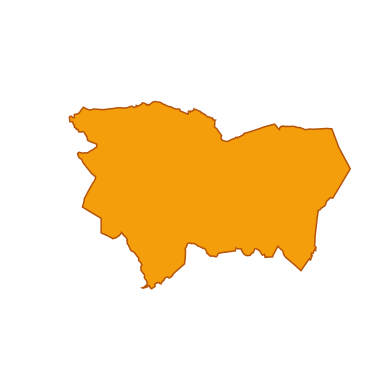 Irimbo, Michoacán, Mexico, rotated 110°
{"feature_id": "50627088B92486141499695", "entity_name": "Irimbo", "entity_type": "district", "adm_level": 2, "iso_a3": "MEX", "parent_name": "Mexico", "parent_adm1": "Michoacán", "projection": "orthographic", "projection_center": [-100.467, 19.711], "detail": "fine", "context": "isolated", "style": "filled", "palette": "amber", "viewbox_px": 384, "rotation_deg": 110, "n_neighbors": 0, "source": "geoboundaries", "source_scale": "gbopen_adm2", "svg_char_len": 6035}
<svg xmlns="http://www.w3.org/2000/svg" viewBox="0 0 384 384"><g transform="rotate(110 192 192)"><path d="M194.8,312.7L196.7,311.5L198.0,310.2L198.7,308.8L199.0,307.0L201.5,304.6L203.9,301.0L207.1,295.6L208.6,293.3L209.6,290.7L210.2,289.6L210.2,288.6L210.7,287.7L213.0,287.4L215.4,287.6L217.4,288.3L219.5,288.5L221.2,288.9L228.2,290.0L231.2,290.3L234.7,290.9L237.7,290.3L243.6,289.8L246.0,278.0L247.7,268.4L255.6,265.5L261.2,263.6L261.6,262.8L261.7,258.4L261.9,258.4L261.9,257.8L261.9,256.4L262.1,255.9L262.4,253.8L262.5,252.3L263.0,250.4L262.5,250.1L262.0,249.3L261.8,249.0L261.6,248.7L261.6,248.3L258.0,245.6L256.0,244.8L255.3,244.6L255.0,244.1L254.8,244.0L254.4,244.2L255.3,242.2L255.8,241.7L256.5,240.7L256.6,239.7L256.7,239.3L258.7,236.6L259.9,236.7L260.5,235.9L261.7,235.6L262.4,235.2L263.1,234.9L263.2,233.9L263.8,233.4L266.5,230.8L267.9,229.4L268.2,227.2L268.6,225.3L271.3,221.4L271.9,220.2L272.2,219.4L273.7,219.1L274.6,218.7L275.1,217.8L275.4,216.8L275.5,216.2L276.9,215.1L277.6,214.0L278.7,214.3L279.3,214.5L280.5,214.2L283.3,213.0L283.3,212.5L284.6,211.0L285.6,209.0L286.2,208.4L286.8,207.9L288.7,207.6L289.9,206.1L290.6,204.5L291.4,204.1L292.2,203.3L292.5,203.2L293.2,202.8L293.8,202.7L295.0,202.9L295.3,203.2L296.8,203.9L297.9,204.6L299.1,206.1L299.2,205.4L297.2,202.4L296.2,201.4L294.5,200.8L294.8,200.0L296.0,198.8L296.7,197.5L296.7,196.7L295.6,196.1L294.2,195.0L293.1,194.4L291.7,195.3L290.4,194.9L289.0,193.2L288.9,193.3L288.8,193.1L288.3,192.3L288.5,192.2L288.6,191.9L289.0,190.7L288.7,189.4L287.3,189.5L285.8,189.2L285.5,188.7L284.8,188.2L283.6,188.4L283.2,188.1L281.3,187.4L280.7,187.0L280.3,186.3L280.3,185.7L280.3,185.2L280.7,184.1L278.3,182.2L276.7,181.7L274.8,181.4L262.2,174.5L257.4,175.5L249.9,177.8L247.6,179.0L245.4,178.5L244.3,178.6L242.3,178.5L241.7,178.3L241.3,177.8L240.8,177.1L240.6,176.4L240.7,175.5L240.8,174.9L240.0,173.4L239.8,171.8L239.7,170.1L240.4,169.3L240.7,168.1L240.7,165.6L241.2,162.1L241.2,161.9L240.8,161.5L240.8,161.1L241.0,160.4L241.8,159.2L242.8,158.1L244.4,157.3L244.4,156.7L244.5,156.5L244.7,155.9L245.2,155.1L245.3,154.7L245.4,154.2L245.5,153.9L245.9,153.3L246.0,152.4L245.5,151.7L245.2,151.0L245.0,150.1L244.7,147.9L244.7,147.1L244.4,146.9L242.9,146.5L240.7,146.3L238.1,142.0L236.0,137.9L232.8,131.8L232.6,131.2L231.2,131.4L229.5,131.4L229.7,131.1L229.8,130.4L228.7,126.1L229.2,126.0L231.5,123.6L232.2,122.5L233.0,120.6L233.1,119.1L232.7,117.8L231.8,116.0L231.0,115.3L230.3,115.4L229.5,115.4L228.3,113.8L224.1,113.5L223.7,113.4L223.2,112.7L223.3,112.2L224.2,108.2L227.3,104.3L225.8,102.5L227.8,101.2L227.7,100.9L228.4,100.9L225.3,94.0L224.4,94.3L213.5,92.7L214.8,90.2L216.2,86.9L217.0,86.0L218.3,85.2L219.7,84.0L221.3,81.7L225.7,69.8L228.7,62.7L215.1,59.1L215.2,58.5L214.7,58.6L215.2,57.4L213.6,57.4L210.9,57.3L211.2,58.2L209.0,58.5L208.6,58.7L208.5,58.3L208.5,57.3L204.1,57.2L204.0,56.7L204.5,55.9L202.4,56.4L201.6,56.5L200.9,58.3L197.1,59.4L192.8,60.8L190.7,61.4L176.9,64.7L173.4,65.6L167.9,66.6L167.2,67.2L166.6,66.9L166.1,67.0L165.7,66.4L164.8,65.5L162.8,65.0L162.1,64.2L161.6,64.0L159.9,62.6L157.9,62.2L155.6,62.4L154.2,62.1L152.6,61.2L151.5,60.7L150.1,60.5L150.0,58.9L149.6,57.6L116.1,51.2L99.9,69.3L84.8,82.2L85.8,85.7L86.4,87.7L87.7,90.5L91.7,99.9L92.7,103.2L94.0,105.6L94.8,107.3L94.5,111.5L94.6,113.2L95.3,114.8L95.3,116.2L95.6,119.2L96.7,122.1L97.1,122.5L97.4,124.0L97.6,124.7L98.1,125.2L98.2,126.0L98.4,126.5L98.7,126.9L98.5,127.4L98.7,128.0L98.7,128.4L99.0,128.6L99.4,129.3L99.4,129.5L99.3,130.1L99.6,130.3L100.2,130.4L100.3,130.5L100.4,131.0L100.5,131.2L101.0,131.1L102.5,131.6L103.3,131.3L102.6,133.4L101.9,134.2L101.3,135.0L101.1,135.9L100.8,136.1L100.0,137.4L100.0,137.6L100.1,137.9L106.5,146.9L110.4,151.5L113.6,155.5L119.1,163.0L120.0,163.4L120.9,163.3L121.6,164.2L124.4,166.7L124.5,167.5L125.6,167.7L125.6,169.6L126.8,170.0L129.4,173.1L131.3,174.7L132.5,176.3L133.0,178.5L133.0,180.9L132.4,182.3L131.9,182.9L131.1,183.3L128.9,183.4L127.5,185.5L127.2,185.9L124.0,190.5L123.3,193.0L117.2,194.9L116.5,194.6L116.7,196.0L117.1,196.8L116.6,197.1L115.6,197.9L116.0,198.1L115.9,199.2L115.7,200.3L115.8,201.5L115.6,201.6L116.1,203.0L115.4,205.2L115.0,205.5L114.8,205.9L114.7,206.8L114.8,207.6L114.2,208.9L114.3,210.7L113.5,211.3L113.2,218.6L114.6,218.4L114.9,218.6L115.9,219.6L116.5,221.1L117.3,220.9L117.3,221.1L117.2,222.9L117.3,223.0L120.1,222.3L120.3,222.5L119.9,229.7L119.9,231.2L118.3,231.9L118.6,233.1L119.7,235.6L119.6,237.3L119.3,240.1L119.2,241.4L119.6,242.5L119.6,245.9L119.5,246.3L119.0,247.6L119.5,248.9L118.9,250.3L118.9,250.7L118.6,252.6L119.3,255.7L119.6,257.4L120.1,258.6L120.4,259.1L123.0,261.0L124.3,261.7L125.1,262.3L125.2,262.6L125.0,262.9L124.8,263.6L125.8,264.1L125.3,264.9L124.9,266.6L125.0,268.5L125.2,269.1L125.8,269.2L126.1,269.5L126.5,269.3L127.2,269.7L128.3,270.9L129.3,271.5L129.7,272.6L129.7,274.0L131.0,273.6L132.5,275.8L131.9,277.3L131.9,277.7L132.0,278.0L132.6,278.9L133.3,279.8L134.4,281.0L134.9,281.8L136.2,284.0L137.9,289.9L139.6,293.1L140.3,294.2L142.9,299.5L143.7,301.0L144.7,303.0L145.4,304.7L146.8,310.1L147.3,311.6L147.8,312.8L147.7,312.9L148.3,313.4L149.8,315.9L150.1,318.7L149.9,319.8L149.5,323.1L153.3,324.3L155.7,324.9L157.4,325.8L159.3,328.9L159.9,329.1L160.8,328.7L161.2,328.4L162.0,328.0L162.7,328.4L162.9,328.9L162.7,329.8L162.2,330.9L162.1,331.7L162.8,332.5L163.9,332.8L166.2,331.5L167.0,331.2L167.7,330.8L167.5,330.0L166.8,328.4L167.9,327.4L169.1,326.5L169.4,325.3L170.8,325.0L171.4,324.6L171.4,324.1L171.8,323.4L171.7,322.7L172.1,322.2L172.5,322.2L172.7,321.8L172.4,321.6L172.3,321.2L172.5,320.6L172.4,320.6L172.3,320.1L172.9,319.9L174.2,319.2L173.9,318.3L173.8,317.3L173.4,316.4L172.7,315.8L172.6,314.2L173.7,312.6L173.7,312.3L174.3,312.1L175.1,310.8L175.5,310.7L175.6,310.4L175.6,310.0L176.0,309.5L176.3,309.4L176.6,309.3L178.2,308.3L179.1,307.8L179.5,304.2L179.6,297.8L180.9,297.6L181.5,297.1L182.6,297.1L183.8,298.2L185.9,299.4L187.6,301.1L190.7,303.4L191.5,304.2L191.4,305.0L193.0,308.5L193.2,310.5L193.2,311.4L193.8,312.1L194.4,312.1L194.8,312.7Z" fill="#f59e0b" stroke="#b45309" stroke-width="1.5"/></g></svg>